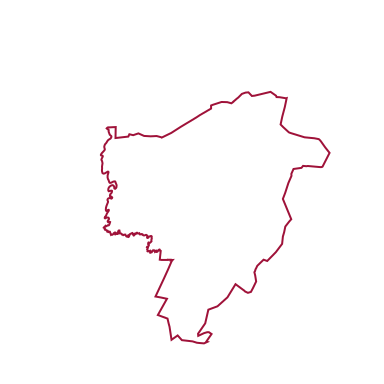 Vilpulkas pag., Rujienas, Latvia, rotated 126°
{"feature_id": "27541924B31560097846351", "entity_name": "Vilpulkas pag.", "entity_type": "district", "adm_level": 2, "iso_a3": "LVA", "parent_name": "Latvia", "parent_adm1": "Rujienas", "projection": "equal_earth", "projection_center": [25.244, 57.94], "detail": "fine", "context": "isolated", "style": "outline", "palette": "rose", "viewbox_px": 384, "rotation_deg": 126, "n_neighbors": 0, "source": "geoboundaries", "source_scale": "gbopen_adm2", "svg_char_len": 5928}
<svg xmlns="http://www.w3.org/2000/svg" viewBox="0 0 384 384"><g transform="rotate(126 192 192)"><path d="M190.6,298.4L190.6,298.2L190.9,297.3L190.6,296.2L191.0,295.7L192.2,294.9L192.4,294.6L193.8,292.5L194.0,292.2L194.2,290.2L194.4,289.9L195.0,289.5L196.5,289.3L197.1,289.5L198.5,290.1L199.1,290.3L200.4,290.4L202.7,290.2L204.7,290.4L206.0,290.0L206.8,289.7L207.5,289.1L208.6,287.7L209.3,287.4L210.3,287.4L213.8,287.8L215.2,287.7L215.7,287.4L215.8,287.0L215.3,285.8L215.4,285.3L215.9,285.0L217.8,284.7L218.9,284.4L219.2,284.2L219.8,283.0L220.6,282.1L221.3,281.3L224.4,279.7L225.6,278.7L227.3,277.7L228.2,276.9L229.3,275.5L229.3,275.0L229.1,274.3L228.2,273.5L225.2,272.2L224.9,272.0L224.8,271.6L225.2,271.1L228.2,270.0L229.9,268.8L230.9,267.6L231.3,266.7L232.8,264.5L232.9,263.9L232.5,263.3L231.7,262.7L229.9,261.8L229.0,261.0L228.7,260.6L228.7,260.3L228.8,260.0L229.8,258.6L230.4,257.5L231.1,256.8L232.7,255.9L233.5,255.8L234.5,256.0L234.8,256.6L234.6,257.1L233.4,258.1L233.2,258.5L233.0,259.7L233.3,260.5L234.4,261.3L236.0,261.8L237.3,261.9L238.4,261.6L239.2,261.2L239.9,260.7L240.2,260.2L240.3,259.9L240.3,259.7L238.4,258.2L238.1,257.6L238.1,257.4L238.5,257.1L239.4,256.7L240.2,256.6L241.9,256.8L242.5,256.6L243.3,256.2L243.6,255.9L243.6,255.6L243.1,254.6L243.3,253.4L243.5,253.2L244.2,253.1L244.8,253.4L244.9,253.9L244.9,254.3L245.3,255.1L246.3,255.9L246.8,256.0L247.3,256.0L247.8,255.9L248.5,255.3L249.0,254.4L249.6,254.0L253.2,253.1L255.2,252.4L257.0,251.3L257.4,250.9L257.7,250.2L257.5,249.7L257.0,249.4L255.9,249.4L255.6,249.2L255.4,248.9L255.7,248.5L256.4,248.3L257.2,248.3L259.3,248.2L261.4,247.7L262.2,247.6L263.1,247.8L263.7,247.6L264.3,247.4L264.4,247.1L264.4,246.8L264.1,246.6L263.1,246.2L262.4,245.5L261.9,244.6L261.9,244.3L262.1,243.9L262.6,243.3L263.1,243.2L264.2,243.2L265.0,243.1L265.4,242.9L265.6,242.6L265.7,242.1L264.5,241.1L264.4,240.6L264.6,240.5L266.8,239.8L267.6,239.7L268.0,239.8L268.3,240.5L270.1,241.2L270.3,241.5L270.2,242.1L271.5,242.2L271.8,242.4L272.5,242.4L272.3,241.8L272.3,241.7L272.9,241.6L273.1,241.3L273.3,240.9L273.0,240.5L273.1,240.1L273.5,239.9L273.3,239.6L273.3,239.0L273.4,238.6L273.2,238.2L273.0,237.9L272.9,237.5L273.2,237.3L273.7,237.2L273.4,236.6L273.7,236.4L273.7,236.2L273.3,235.9L272.6,235.5L272.4,235.1L274.3,232.3L273.6,232.0L273.6,231.5L273.4,231.3L272.6,231.0L272.1,231.0L271.4,231.1L270.1,230.6L269.8,230.1L269.8,229.8L269.9,229.7L270.3,229.6L271.2,229.6L271.4,229.5L271.5,229.3L271.4,229.1L270.2,228.7L270.1,228.0L269.7,227.5L269.3,227.4L268.6,228.1L268.2,228.3L267.2,228.5L266.7,228.7L266.3,228.7L265.8,228.1L266.4,227.4L267.2,226.7L268.0,226.2L267.3,225.1L267.4,224.2L267.6,223.7L267.2,223.2L267.4,222.5L267.4,222.3L266.1,221.5L265.8,221.1L266.0,221.0L266.0,220.1L266.2,219.8L266.5,218.9L266.4,218.5L266.1,217.9L265.8,217.0L265.2,216.8L264.0,217.1L264.3,217.4L264.6,217.6L264.3,217.7L264.3,218.0L263.5,217.6L262.7,217.5L261.8,217.0L261.0,216.7L260.2,216.1L260.3,215.8L260.8,215.6L261.5,213.6L261.3,213.4L260.6,213.4L260.0,214.1L259.8,214.1L259.3,213.8L259.3,213.7L259.8,213.6L259.6,213.1L259.3,212.9L258.8,212.7L258.4,212.7L258.0,213.0L257.5,212.8L257.3,212.5L257.4,212.4L257.5,211.9L257.3,211.1L256.3,210.5L256.4,210.1L256.8,209.4L256.9,209.1L255.6,208.0L255.6,207.6L255.3,207.2L255.4,206.9L255.7,206.9L255.6,205.8L255.4,205.4L254.9,204.8L253.8,204.1L253.6,203.8L253.5,203.2L253.7,202.5L254.0,202.2L254.6,202.0L255.2,201.6L255.4,201.1L255.0,200.7L254.5,200.5L253.6,200.7L253.2,200.6L252.6,199.9L252.0,199.6L251.6,199.2L251.6,198.5L251.8,198.3L253.0,197.6L253.4,197.1L254.7,196.7L255.7,195.8L256.8,195.9L257.9,196.2L258.4,197.5L258.8,197.5L259.1,197.4L260.0,196.8L260.0,196.6L259.9,196.4L259.9,196.0L260.6,195.5L261.0,195.4L261.5,195.5L262.7,196.1L263.2,196.0L263.2,195.5L262.8,195.0L262.9,194.9L264.7,194.6L264.9,194.5L265.0,194.0L265.3,193.6L266.1,193.2L266.0,192.7L265.5,192.4L265.2,192.3L265.2,191.9L265.1,191.7L264.3,191.4L264.6,191.0L264.4,190.8L264.6,190.6L265.0,190.6L265.7,190.2L265.6,189.9L265.3,189.7L264.8,190.1L264.0,189.9L263.6,189.6L263.7,189.2L262.5,189.2L262.4,189.2L262.5,189.0L262.2,188.8L261.8,188.7L261.6,188.5L261.5,188.4L261.7,188.1L261.7,187.7L261.2,187.2L261.8,187.2L262.0,187.1L262.2,186.8L261.4,186.6L261.1,186.3L261.6,186.0L261.2,185.2L260.1,184.8L259.3,185.0L258.2,184.8L257.7,184.6L257.6,184.4L257.8,183.9L258.2,183.7L258.3,183.5L258.0,183.2L258.0,182.7L265.7,178.3L264.9,176.8L261.2,171.7L261.0,171.8L259.2,169.2L259.7,169.0L258.9,168.3L258.4,167.7L260.0,167.8L268.9,165.8L278.2,163.9L298.0,160.1L295.7,155.3L293.1,149.5L311.6,147.3L308.8,137.4L312.1,133.6L314.2,131.0L323.6,121.7L316.5,119.3L317.8,113.1L312.5,103.7L311.1,99.5L310.2,97.9L307.4,93.3L304.2,91.5L304.5,92.5L295.4,92.7L295.5,95.9L296.5,97.3L299.1,99.3L304.7,102.4L303.1,103.8L290.5,104.1L277.6,109.6L269.5,104.2L256.4,101.4L241.0,102.6L241.1,91.6L241.3,90.6L240.7,87.5L238.2,85.6L233.9,86.2L226.7,87.5L222.5,91.7L220.2,94.4L219.0,94.5L217.1,95.2L216.5,95.2L213.3,95.8L204.7,94.3L203.6,90.6L191.4,88.8L181.0,88.6L174.6,92.3L170.4,93.8L165.1,96.2L158.9,96.0L155.7,95.7L153.8,98.8L144.2,114.4L137.9,116.1L128.1,119.3L120.5,121.0L118.9,122.3L113.7,123.4L108.2,117.7L107.9,117.6L105.6,117.5L103.9,114.6L102.9,113.6L96.5,102.9L95.6,101.7L94.7,101.3L79.5,103.7L77.6,110.5L75.3,117.3L74.9,118.8L74.7,120.5L76.6,124.6L81.6,133.1L86.4,147.1L86.7,148.3L86.8,148.7L85.9,156.4L85.3,160.0L77.9,163.3L68.6,166.9L60.4,170.6L60.9,171.0L63.8,176.8L65.5,179.4L64.7,180.6L64.8,187.3L77.2,197.9L79.1,200.0L78.2,204.9L80.1,207.1L83.3,209.3L88.4,210.1L90.9,210.8L92.3,211.0L92.5,211.2L93.9,211.4L94.1,211.6L94.5,211.5L95.2,211.8L95.4,211.7L97.1,212.3L98.6,216.3L101.8,221.0L109.5,226.6L110.8,227.4L113.3,225.6L125.1,230.8L128.6,232.1L145.9,239.4L156.4,243.5L165.8,248.5L165.8,249.1L167.5,253.5L171.2,258.1L174.8,263.7L176.1,269.8L180.6,273.0L182.1,276.6L184.6,276.1L193.3,285.6L184.3,291.9L188.5,297.1L189.0,297.9L189.8,298.3L190.6,298.4Z" fill="none" stroke="#9f1239" stroke-width="2"/></g></svg>